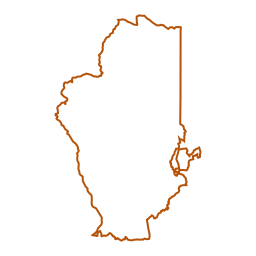 outline of Gualaca, Chiriquí, Panama
{"feature_id": "35544464B22441081783437", "entity_name": "Gualaca", "entity_type": "district", "adm_level": 2, "iso_a3": "PAN", "parent_name": "Panama", "parent_adm1": "Chiriquí", "projection": "albers", "projection_center": [-82.239, 8.607], "detail": "fine", "context": "isolated", "style": "outline", "palette": "amber", "viewbox_px": 256, "rotation_deg": 0, "n_neighbors": 0, "source": "geoboundaries", "source_scale": "gbopen_adm2", "svg_char_len": 5833}
<svg xmlns="http://www.w3.org/2000/svg" viewBox="0 0 256 256"><path d="M57.9,120.0L59.1,120.5L59.6,120.9L60.9,122.5L61.7,125.2L62.3,125.5L63.0,125.5L63.3,125.7L65.1,129.0L67.9,131.3L67.7,131.6L67.7,132.2L67.3,132.9L67.3,133.8L68.8,134.6L71.1,138.3L72.4,140.6L73.2,141.7L75.4,143.4L77.2,145.7L78.0,147.6L77.9,148.8L78.6,150.0L78.7,150.7L78.5,151.5L77.0,153.4L77.6,155.0L77.2,158.7L77.3,159.8L77.5,160.8L78.7,163.3L78.7,165.2L78.4,168.4L78.7,169.9L79.3,171.6L79.6,173.8L80.2,174.7L82.1,176.1L82.6,176.6L82.8,177.3L82.7,179.4L82.9,180.9L83.4,182.1L85.5,186.4L87.6,188.5L87.4,190.0L87.9,191.4L89.0,192.8L91.2,194.8L91.5,195.5L91.7,196.4L91.8,200.4L91.6,202.9L91.8,204.5L92.2,205.7L92.7,206.5L93.3,207.0L95.5,208.0L96.2,208.5L101.7,217.4L101.8,219.0L101.6,220.6L101.9,221.9L101.7,223.6L101.4,224.5L98.1,228.2L96.8,231.5L94.7,233.5L92.5,235.1L93.2,235.4L95.4,235.5L96.6,236.0L97.3,235.9L97.5,235.7L97.4,234.1L97.8,232.9L99.2,231.4L100.1,231.1L101.2,233.6L101.5,234.7L101.5,235.8L100.9,236.6L102.5,235.8L104.4,235.5L105.5,235.9L106.0,235.9L108.4,234.6L108.9,233.7L109.7,233.1L110.9,233.6L111.4,234.0L111.9,235.0L112.6,235.3L112.9,236.3L113.6,236.6L113.9,236.4L114.4,236.7L115.0,237.5L115.0,238.5L115.5,239.0L116.0,239.2L116.6,239.1L117.0,238.3L117.5,238.1L120.5,240.2L121.3,240.6L121.9,240.5L123.4,239.3L124.7,239.4L125.0,238.9L125.3,238.7L125.0,238.3L125.4,237.8L125.4,237.1L125.7,237.0L126.3,237.4L126.5,238.0L127.2,238.5L127.6,239.3L128.1,239.8L130.9,240.3L132.8,240.2L134.3,239.6L135.6,239.7L137.1,239.4L139.5,239.7L141.0,239.7L141.8,239.4L143.2,239.6L144.6,238.6L146.5,239.2L149.0,239.0L149.3,238.3L149.7,235.2L148.3,228.3L146.9,219.7L147.9,219.1L150.3,216.8L151.1,216.4L151.8,215.4L152.7,215.8L153.3,216.5L153.8,217.3L154.0,218.2L155.2,218.4L156.2,217.5L157.0,217.2L157.3,216.0L158.7,213.3L160.6,212.7L161.2,211.0L162.2,210.9L162.8,210.0L163.3,209.8L163.7,209.9L164.1,210.6L164.4,210.6L165.3,209.7L166.2,208.5L166.5,208.6L167.3,209.5L167.5,209.5L167.6,209.2L167.1,208.7L168.2,208.3L168.4,208.0L167.2,206.7L167.5,205.8L167.2,205.0L168.2,204.5L168.3,204.0L168.7,203.8L168.7,203.5L168.3,203.0L168.3,202.8L168.9,202.7L169.0,202.3L168.8,202.1L168.3,202.1L168.3,201.8L168.9,200.4L169.0,199.3L170.0,198.6L170.5,197.8L171.3,197.6L171.5,197.3L172.1,197.1L172.3,196.6L173.8,196.0L174.8,195.2L175.6,193.8L176.5,193.4L176.9,193.0L178.4,192.4L179.3,190.6L178.7,188.6L179.2,187.4L179.3,186.7L179.9,186.6L180.9,185.8L182.9,185.2L186.4,185.1L185.8,183.4L186.5,182.6L186.7,181.8L185.9,180.2L185.8,178.4L184.9,177.2L184.4,176.9L183.7,175.6L183.0,175.0L181.5,174.3L179.2,173.8L179.0,173.4L179.2,170.4L181.9,170.0L183.7,170.0L186.5,170.4L187.6,169.1L187.7,167.9L188.5,166.8L188.5,166.0L189.0,165.0L188.6,163.7L188.6,162.4L189.2,160.7L190.5,159.9L193.3,159.2L192.8,156.2L193.5,155.9L194.7,155.9L195.6,155.1L197.3,154.2L197.4,156.5L197.8,157.7L198.3,157.7L199.8,157.1L200.0,156.6L199.9,154.6L200.4,153.4L200.3,152.5L200.5,151.5L199.7,149.5L199.4,147.8L199.2,147.5L198.5,148.1L197.3,148.7L195.6,149.2L195.0,150.1L193.9,150.4L193.4,152.2L192.7,152.7L192.1,153.8L191.1,154.4L190.3,154.4L189.9,154.6L189.6,155.2L189.5,156.1L188.9,155.7L188.1,154.5L186.9,153.2L186.7,152.3L187.5,151.1L187.5,150.7L186.7,149.2L186.4,148.5L182.7,148.8L178.8,149.7L176.3,159.1L178.3,163.7L179.2,168.5L178.5,168.5L176.1,168.6L175.6,168.8L175.2,171.1L175.6,171.8L177.3,172.0L177.5,174.0L177.0,175.7L176.2,175.7L175.8,174.9L175.0,174.8L174.6,174.5L174.0,171.3L174.2,170.3L172.7,169.3L172.9,168.8L172.9,167.9L172.1,167.4L172.1,166.9L171.5,166.9L171.4,166.7L171.3,165.9L171.0,165.4L171.1,164.9L171.0,163.8L171.1,163.2L170.9,163.0L170.6,163.2L170.4,163.2L170.3,162.8L170.5,162.3L170.2,161.4L170.4,161.1L171.0,160.7L171.7,159.5L172.2,158.4L172.2,157.5L173.3,155.2L174.3,154.3L174.6,152.2L175.5,150.4L176.1,148.7L178.6,148.6L179.2,146.4L178.3,143.6L180.3,142.6L179.9,141.5L179.4,138.5L179.8,139.0L181.4,139.6L181.9,139.6L182.6,140.4L183.6,140.4L184.2,141.0L184.2,139.4L184.3,138.1L184.5,137.5L184.3,137.1L184.2,136.0L184.7,135.0L184.8,134.4L184.3,133.1L184.6,132.5L185.2,132.4L185.7,131.6L184.9,130.0L184.1,129.5L183.5,126.4L182.9,125.8L180.2,123.9L180.5,97.6L180.6,31.1L180.8,27.3L177.9,26.9L175.4,27.3L174.3,28.6L172.0,27.2L171.5,27.2L169.8,27.6L168.2,28.9L164.9,26.7L163.3,25.1L161.6,25.2L160.8,24.8L159.2,25.4L156.6,25.2L152.1,22.2L149.8,20.1L146.7,18.2L144.7,16.0L144.2,15.7L142.7,15.8L138.9,15.4L137.5,16.3L136.8,16.5L136.6,17.1L136.8,21.9L137.3,24.1L137.2,24.8L136.9,25.0L134.6,24.7L132.8,24.1L131.2,23.0L127.2,21.5L126.4,20.7L125.0,19.9L122.6,19.4L119.9,19.8L118.2,19.8L118.7,21.0L118.7,22.0L118.5,23.3L118.0,24.7L117.5,25.3L116.1,26.1L114.7,29.1L113.6,29.2L113.4,29.4L112.8,32.8L111.5,33.3L110.2,34.1L109.9,34.6L109.7,35.6L109.3,36.5L106.6,37.5L104.8,40.3L104.7,41.1L102.8,43.3L102.8,44.4L103.1,45.4L102.5,47.5L102.8,48.9L102.6,50.5L102.1,51.1L101.7,52.3L101.1,52.9L100.3,54.0L99.0,55.0L99.0,55.5L99.8,56.8L99.5,58.2L99.3,60.7L99.9,62.2L99.5,63.5L99.0,63.9L99.1,64.7L99.5,65.6L100.9,66.2L101.2,66.6L101.1,67.9L100.5,69.5L100.4,70.2L101.1,71.5L102.4,72.5L102.6,72.9L102.3,73.5L101.4,73.8L101.2,75.7L100.8,75.9L99.9,75.7L98.8,76.5L97.3,76.9L95.2,76.3L94.7,76.5L93.7,76.4L92.3,75.6L91.4,74.9L86.3,73.6L84.9,74.4L83.3,74.7L82.2,75.5L80.3,76.5L77.5,76.6L76.4,77.5L75.8,77.4L74.5,77.7L72.8,77.7L72.4,78.1L72.1,78.9L72.0,80.2L72.3,81.2L72.2,82.1L71.7,82.0L70.3,81.0L67.6,82.7L66.8,82.8L65.4,82.4L64.6,82.7L64.1,83.6L63.7,85.9L64.3,87.5L64.2,88.2L62.1,90.6L61.4,92.8L61.3,93.5L61.6,94.3L62.4,94.9L64.2,96.8L66.3,97.8L67.0,98.3L67.3,98.8L67.3,99.5L66.9,100.7L65.3,101.6L65.5,103.4L65.4,103.9L65.0,103.8L64.6,102.8L64.3,102.6L63.2,102.6L61.7,102.9L59.9,105.1L58.4,106.0L57.4,107.4L57.3,108.6L57.7,109.5L58.0,113.1L57.5,113.5L55.8,113.9L55.5,114.7L55.7,115.4L57.0,115.8L57.6,116.7L57.6,117.0L56.8,117.8L56.5,118.6L56.8,119.1L57.9,120.0Z" fill="none" stroke="#b45309" stroke-width="2"/></svg>